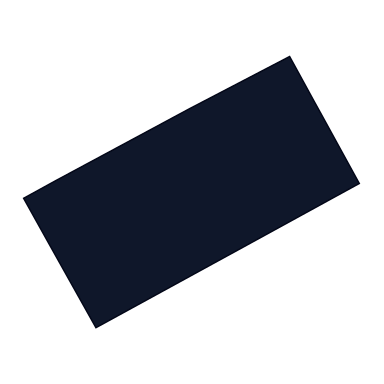 the district of Telsen, Chubut, Argentina, rotated 332°
{"feature_id": "61730980B58440268064680", "entity_name": "Telsen", "entity_type": "district", "adm_level": 2, "iso_a3": "ARG", "parent_name": "Argentina", "parent_adm1": "Chubut", "projection": "orthographic", "projection_center": [-67.11, -42.441], "detail": "fine", "context": "isolated", "style": "filled", "palette": "ink", "viewbox_px": 384, "rotation_deg": 332, "n_neighbors": 0, "source": "geoboundaries", "source_scale": "gbopen_adm2", "svg_char_len": 369}
<svg xmlns="http://www.w3.org/2000/svg" viewBox="0 0 384 384"><g transform="rotate(332 192 192)"><path d="M343.7,263.0L342.7,187.0L342.4,169.1L342.0,134.4L341.8,118.8L341.8,118.2L229.1,117.3L78.2,118.0L40.4,118.5L40.4,119.4L40.8,139.1L41.4,169.4L43.5,266.7L118.3,265.8L192.6,264.9L194.6,264.9L343.7,263.0Z" fill="#0f172a" stroke="#020617" stroke-width="1.5"/></g></svg>